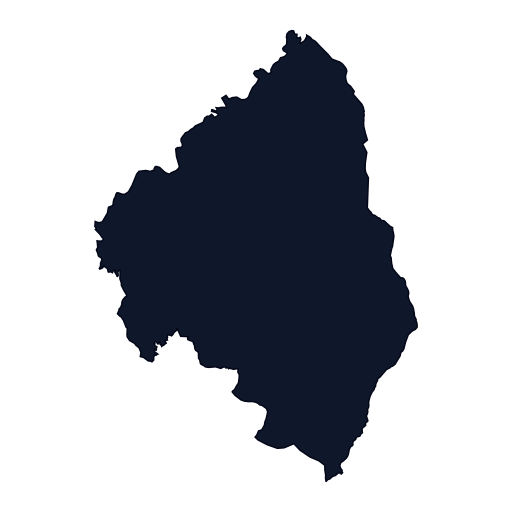 Dalboset, Caras-Severin, Romania (Albers equal-area conic projection)
{"feature_id": "2599482B18493175131384", "entity_name": "Dalboset", "entity_type": "district", "adm_level": 2, "iso_a3": "ROU", "parent_name": "Romania", "parent_adm1": "Caras-Severin", "projection": "albers", "projection_center": [21.932, 44.818], "detail": "fine", "context": "isolated", "style": "filled", "palette": "ink", "viewbox_px": 512, "rotation_deg": 0, "n_neighbors": 0, "source": "geoboundaries", "source_scale": "gbopen_adm2", "svg_char_len": 6022}
<svg xmlns="http://www.w3.org/2000/svg" viewBox="0 0 512 512"><path d="M232.7,390.9L232.2,391.9L235.1,395.4L241.0,399.9L244.4,401.1L248.8,401.6L252.5,401.5L255.5,402.2L257.9,403.2L259.6,404.8L262.3,405.5L266.5,408.6L267.7,412.0L266.2,418.6L265.0,421.7L264.4,425.1L261.9,429.7L259.9,430.6L258.6,430.8L256.9,434.9L255.1,437.1L258.1,440.0L267.2,444.7L277.3,448.3L284.1,447.8L293.9,443.7L300.1,450.3L310.0,457.0L318.9,460.8L324.8,465.3L324.9,470.0L325.7,475.4L325.5,478.2L326.0,481.2L326.3,481.3L327.6,479.7L329.9,478.9L332.0,476.9L333.7,476.0L335.4,475.5L338.9,472.5L341.3,474.0L342.6,472.7L341.9,471.2L342.1,470.1L341.2,469.3L340.2,467.2L339.8,465.5L340.8,462.6L343.5,460.8L346.3,458.1L347.5,456.3L348.3,454.4L349.3,449.2L350.8,446.6L352.5,445.6L353.0,444.4L352.7,443.0L353.0,441.9L354.1,440.4L355.2,439.9L356.0,438.7L356.0,437.3L359.8,436.1L361.2,433.5L362.4,432.9L362.0,428.5L365.6,425.4L365.5,423.0L367.7,421.3L367.8,420.3L366.6,416.8L366.5,415.4L367.4,413.8L367.8,411.6L367.5,409.8L368.1,408.1L368.5,407.7L368.8,405.6L368.6,402.7L369.1,399.9L370.0,396.5L371.8,392.6L374.3,389.1L374.5,387.6L375.5,386.5L375.8,383.9L377.6,380.2L377.7,378.7L379.8,377.3L386.4,369.6L390.3,367.5L390.4,367.0L392.6,366.1L395.0,364.3L400.1,355.9L400.5,353.7L401.2,351.9L402.4,351.3L403.8,349.0L405.5,342.2L408.3,334.7L412.1,331.1L415.4,329.3L417.1,327.3L417.1,324.4L416.4,321.3L416.0,320.8L416.1,319.3L414.5,316.3L414.2,312.9L413.5,309.0L412.6,306.1L409.7,301.6L408.8,299.2L408.1,296.1L408.7,293.4L408.5,291.3L407.3,288.5L405.9,286.3L405.4,284.1L405.5,282.9L405.1,280.9L404.2,279.2L402.8,277.9L400.6,277.8L395.7,272.3L392.8,268.5L391.6,263.2L391.1,257.7L390.2,255.8L391.6,248.8L392.7,245.7L392.6,245.3L393.9,236.5L393.5,233.4L392.6,229.6L392.6,227.6L389.7,226.0L384.4,221.0L383.2,220.6L381.9,220.6L381.2,220.1L379.6,218.2L377.9,217.7L374.7,215.3L372.5,214.8L370.7,211.9L369.4,210.8L367.3,207.8L368.4,177.8L365.6,172.1L365.1,168.5L365.3,162.9L366.8,152.4L362.6,144.0L367.4,140.0L365.4,133.3L363.8,126.5L363.6,123.1L363.9,119.8L363.6,119.1L364.2,114.9L363.6,112.0L364.2,111.7L364.1,110.7L363.6,109.5L363.6,108.5L362.9,106.4L361.8,104.2L353.2,94.3L354.2,91.3L350.3,85.9L349.4,85.5L347.1,83.3L346.0,80.1L345.6,77.4L345.6,75.4L346.2,73.7L346.8,71.0L346.2,68.9L344.5,66.4L342.4,63.9L339.9,62.1L332.9,59.5L331.7,58.8L328.0,54.4L318.7,45.0L316.7,42.7L314.8,41.0L312.1,39.5L310.4,37.4L306.7,35.1L306.8,36.4L305.0,39.9L303.8,41.4L300.3,43.2L299.6,42.5L300.8,39.7L300.7,38.6L300.2,37.2L298.3,38.1L297.4,37.7L296.7,36.9L297.0,34.3L295.1,34.2L294.5,33.6L293.8,31.3L293.3,30.7L291.5,30.7L289.0,31.6L287.0,33.9L286.4,37.2L286.9,39.4L286.6,44.3L285.5,45.7L283.6,47.1L282.7,48.7L283.5,50.7L287.6,53.1L285.2,56.1L282.8,57.2L280.6,57.7L278.6,61.3L275.5,62.9L273.4,64.7L270.9,69.6L271.0,72.1L269.7,73.5L267.7,73.5L263.4,69.6L260.3,68.8L258.9,70.6L257.0,70.6L254.8,71.2L253.7,73.4L255.1,75.6L256.2,76.7L258.9,78.7L256.5,83.3L252.6,87.5L249.9,93.2L248.6,96.9L246.7,98.8L244.4,99.6L241.2,99.6L236.7,97.1L232.4,97.6L228.8,99.1L226.0,95.4L221.8,98.1L225.8,105.0L226.3,107.1L226.1,107.7L224.0,107.3L220.9,107.4L218.1,108.0L216.2,107.7L217.2,109.6L216.6,110.7L215.7,111.0L212.4,109.7L211.7,109.8L211.6,111.4L215.8,112.5L217.6,113.7L218.5,115.3L214.1,117.6L213.4,116.0L211.6,114.3L209.1,116.3L207.2,116.2L204.7,118.0L203.3,122.0L202.0,122.9L195.3,125.9L193.4,128.0L190.6,129.6L188.5,131.6L185.5,132.8L182.3,136.9L181.0,139.0L181.1,141.4L182.2,143.6L182.4,145.9L181.3,147.4L177.4,147.6L175.7,149.0L176.5,156.5L179.4,166.6L178.5,168.4L176.2,170.6L171.1,172.8L169.5,174.2L166.3,173.1L164.1,171.6L159.6,167.4L156.8,166.5L155.3,166.6L154.2,168.4L154.2,169.9L150.4,171.4L145.8,170.5L139.0,171.3L136.7,174.1L132.1,185.4L128.5,191.8L125.0,194.2L122.4,194.3L118.3,192.8L116.9,192.8L115.9,194.4L115.2,197.1L114.0,199.0L113.3,201.9L113.1,204.3L112.4,205.7L108.5,207.2L107.4,213.2L102.3,221.8L99.6,222.6L97.9,222.5L95.2,221.5L94.9,226.4L95.9,228.1L96.2,229.6L95.6,229.7L100.2,234.6L102.1,237.5L103.6,238.6L103.7,239.0L101.5,241.2L97.0,240.9L97.3,242.5L97.7,247.1L97.5,248.0L96.5,249.4L96.6,250.8L97.3,251.9L98.5,256.1L101.2,257.9L101.7,258.8L101.9,259.7L100.6,263.1L100.5,266.2L99.3,268.5L99.8,269.1L102.4,268.0L104.0,265.9L105.5,267.4L107.0,268.2L107.8,269.7L108.1,271.7L108.5,272.1L111.0,271.8L112.4,272.7L113.2,270.8L115.3,270.0L115.8,270.8L114.8,271.4L114.7,271.9L116.8,275.4L116.9,276.1L117.5,276.4L118.2,275.6L118.2,274.8L117.8,271.7L119.6,269.9L120.2,269.9L120.2,271.1L119.9,272.1L120.1,272.7L119.9,278.8L121.3,282.7L121.4,285.4L124.2,291.0L126.5,294.8L126.8,296.1L125.1,297.1L122.9,299.7L122.3,301.0L121.8,302.9L121.9,304.4L121.1,306.0L120.9,307.4L119.3,308.6L118.8,310.7L117.5,313.8L119.8,316.1L121.0,316.7L123.5,320.4L126.1,327.2L127.3,328.3L127.0,334.8L127.2,336.8L129.6,340.5L134.6,343.4L136.1,345.5L138.0,346.9L139.3,348.2L141.1,353.0L140.8,353.3L140.3,356.6L143.5,357.4L148.4,361.0L149.5,360.9L152.0,361.8L153.7,360.1L153.7,356.5L154.9,355.4L156.5,355.0L156.7,354.3L157.7,354.1L156.6,353.1L155.7,352.9L153.7,350.5L154.2,349.5L156.1,350.3L156.4,349.7L156.1,348.9L156.9,347.1L156.8,346.7L155.0,345.8L154.5,344.8L155.0,343.8L154.9,343.4L154.1,342.8L154.1,342.5L155.0,341.8L155.6,341.7L157.0,342.5L157.4,343.6L158.0,344.0L158.4,343.4L158.5,342.3L159.8,342.5L160.0,344.1L161.5,345.6L161.7,346.4L163.0,345.3L163.7,345.3L164.4,344.4L166.2,343.2L165.1,341.0L165.5,340.4L167.4,340.0L167.0,338.7L167.5,337.6L167.2,336.8L168.0,334.7L170.5,335.4L171.1,335.3L171.6,335.8L173.0,334.4L173.8,332.7L176.8,330.1L176.6,328.0L177.8,329.8L180.7,336.3L188.4,336.7L187.6,338.3L187.7,339.3L188.4,339.9L192.5,341.4L193.5,342.5L193.5,343.7L194.3,344.9L195.1,349.3L195.8,350.4L197.5,351.5L198.4,352.6L198.6,358.6L199.5,359.4L199.9,360.6L200.3,363.1L201.1,364.3L203.9,365.7L205.4,366.9L208.8,367.4L215.6,366.8L220.8,368.4L223.3,367.1L224.5,366.9L225.1,367.1L225.7,367.9L228.8,367.9L228.8,368.6L229.5,368.2L233.6,369.3L238.1,368.6L237.9,372.2L239.3,374.8L239.0,379.1L238.5,382.6L238.0,383.8L236.7,385.6L234.8,389.1L233.7,390.4L232.7,390.9Z" fill="#0f172a" stroke="#020617" stroke-width="1.5"/></svg>